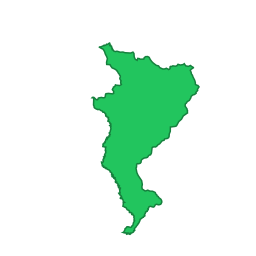 the district of Cáchira, Norte de Santander, Colombia, rotated 306°
{"feature_id": "7082276B44940516663125", "entity_name": "Cáchira", "entity_type": "district", "adm_level": 2, "iso_a3": "COL", "parent_name": "Colombia", "parent_adm1": "Norte de Santander", "projection": "orthographic", "projection_center": [-73.176, 7.699], "detail": "fine", "context": "isolated", "style": "filled", "palette": "green", "viewbox_px": 256, "rotation_deg": 306, "n_neighbors": 0, "source": "geoboundaries", "source_scale": "gbopen_adm2", "svg_char_len": 5831}
<svg xmlns="http://www.w3.org/2000/svg" viewBox="0 0 256 256"><g transform="rotate(306 128 128)"><path d="M175.2,167.3L175.7,166.7L177.0,166.0L177.3,165.3L178.1,164.6L179.3,161.3L181.2,160.2L182.6,160.6L184.1,160.4L186.4,161.4L189.2,161.1L190.8,160.5L192.8,161.0L194.2,162.1L196.1,162.7L196.6,162.0L199.3,162.3L200.2,161.4L203.0,161.3L203.5,159.5L203.2,158.9L202.9,157.5L203.0,156.8L204.4,155.7L205.8,153.9L207.7,150.2L208.5,149.2L209.1,147.4L210.2,146.3L211.2,144.5L212.4,144.5L215.2,145.5L215.4,145.2L215.2,143.5L215.3,141.8L213.3,140.6L212.2,138.1L213.1,135.7L211.9,135.4L209.8,133.5L208.9,131.0L207.2,131.0L205.9,130.1L204.6,127.7L203.6,127.3L202.8,126.2L202.0,126.1L201.1,127.0L200.3,127.0L199.9,127.0L199.6,126.5L199.2,126.5L198.9,123.9L197.5,123.1L196.2,121.5L195.5,118.2L196.2,116.2L195.3,114.0L195.4,110.2L195.7,108.2L196.5,105.7L197.6,103.6L197.4,102.0L196.2,100.4L195.2,100.0L194.2,99.8L193.3,100.3L193.0,100.2L191.0,97.6L190.7,96.9L190.8,96.4L190.1,95.0L188.1,95.6L187.9,93.6L188.2,92.7L189.3,91.1L191.8,89.0L192.3,87.4L190.2,86.1L187.7,82.2L187.1,81.2L186.5,79.3L184.7,77.1L183.9,74.6L183.5,73.8L182.4,72.9L181.9,71.3L182.4,70.1L182.1,69.5L182.7,69.2L182.6,68.4L183.3,68.3L183.6,67.5L184.2,66.9L184.1,66.6L184.4,66.5L184.3,66.0L184.7,65.5L184.5,65.2L184.9,64.6L184.5,64.5L185.4,64.0L185.9,63.2L184.8,62.6L183.9,62.5L183.2,61.9L183.1,61.4L182.7,61.5L181.6,61.1L180.9,60.6L181.0,60.0L180.0,59.7L177.8,58.4L176.7,57.3L176.5,56.7L176.8,60.1L177.2,60.9L176.7,62.7L175.8,64.5L174.6,66.0L173.2,68.8L172.1,70.5L168.6,72.0L166.9,73.4L168.7,76.3L168.1,77.3L167.3,79.8L167.9,82.4L168.0,85.4L167.6,85.6L167.5,86.4L166.6,88.2L166.6,88.9L165.9,90.0L165.7,91.1L164.6,91.9L163.7,92.0L163.0,92.5L162.0,94.7L161.2,94.9L160.0,95.7L159.3,97.1L159.0,97.0L157.3,96.2L156.6,94.6L156.1,94.2L155.5,92.5L154.1,92.9L152.5,92.2L152.1,92.6L151.0,92.5L149.8,92.8L149.3,94.9L148.3,95.3L147.7,96.0L147.0,95.8L146.5,95.4L144.5,91.8L142.8,90.0L141.9,90.1L139.9,91.2L138.8,91.2L137.9,90.3L137.1,88.5L135.2,86.7L134.6,86.4L133.3,86.8L132.7,86.5L132.3,85.6L132.7,82.5L132.4,81.8L131.8,81.2L131.6,81.2L131.9,81.5L131.8,82.3L131.1,83.4L126.3,86.6L125.7,87.8L125.1,88.1L124.6,89.0L124.7,91.3L125.1,92.1L125.1,92.8L126.2,93.8L126.2,95.9L126.6,97.5L126.0,98.5L126.8,99.6L126.4,100.4L126.4,101.4L126.2,101.9L125.7,101.9L124.6,103.1L125.0,103.6L125.0,104.0L124.6,104.3L125.0,106.0L123.7,106.5L123.8,107.0L123.5,107.5L122.5,107.6L122.2,107.9L121.9,107.6L121.7,107.7L121.8,108.6L122.1,109.1L121.6,110.4L121.2,110.5L121.2,111.8L120.3,112.2L119.8,112.7L119.7,111.8L119.3,111.7L119.3,112.6L117.3,114.7L115.2,115.4L114.4,115.9L113.0,115.7L112.7,116.3L112.3,116.4L112.4,117.3L111.4,117.4L110.9,117.8L110.5,117.2L109.5,117.7L109.0,117.6L108.5,117.3L107.7,117.5L108.5,116.6L108.4,116.5L107.5,116.5L107.1,116.9L106.5,116.7L106.1,117.0L105.4,116.9L104.2,117.5L103.5,117.3L102.8,118.1L101.8,117.4L101.1,117.6L100.2,117.2L99.4,118.2L98.7,118.2L98.2,118.5L98.2,118.8L98.8,119.1L98.7,119.9L99.5,121.3L97.6,122.1L97.1,122.7L96.5,122.8L96.4,123.6L95.6,123.8L94.9,124.6L94.1,124.5L92.3,124.9L92.3,125.6L92.0,126.0L90.4,125.3L90.3,126.3L89.6,126.4L89.2,126.1L88.7,126.5L88.4,126.3L87.8,126.4L87.2,126.7L87.2,127.2L86.4,127.8L85.6,127.8L84.9,126.6L84.5,127.0L84.7,127.4L83.8,127.7L83.1,129.0L82.4,129.3L82.8,130.3L82.2,130.4L81.9,131.3L82.1,131.8L82.7,132.1L82.2,133.1L82.7,133.4L82.9,134.1L82.3,134.3L82.5,134.7L82.5,135.9L83.0,137.1L82.7,137.8L82.7,138.8L82.0,139.3L82.2,140.4L82.0,141.3L80.5,142.2L80.6,142.5L81.4,142.9L81.3,143.6L80.4,144.2L80.2,144.1L80.3,143.2L79.7,143.3L79.3,143.6L79.3,144.2L80.0,145.0L79.2,145.8L79.9,146.1L80.2,146.7L79.0,147.2L79.1,148.1L78.4,148.9L77.6,149.0L76.7,149.8L76.7,150.1L77.7,150.5L77.7,150.8L77.0,151.2L76.7,151.8L76.8,152.9L76.2,153.2L76.2,154.5L75.3,154.0L75.2,155.3L74.5,155.1L74.2,155.4L74.2,156.0L75.0,157.1L74.3,157.6L73.3,157.3L72.8,158.0L72.1,158.3L71.1,159.6L69.8,158.8L69.5,159.4L69.8,160.4L69.1,160.7L69.2,162.1L68.7,162.6L68.4,163.6L67.9,163.7L67.4,162.8L66.6,163.1L66.7,164.0L67.5,164.9L66.9,166.2L65.7,167.5L65.7,168.7L65.1,168.1L64.7,168.0L64.1,168.7L61.7,169.9L62.0,171.0L62.0,171.8L62.4,173.1L61.4,175.4L61.9,177.5L60.5,178.8L60.8,179.4L61.3,179.7L61.2,180.3L61.5,180.8L60.3,181.8L60.3,182.2L61.1,182.6L60.4,183.8L60.3,184.8L59.3,185.1L58.1,186.6L57.0,186.9L56.8,187.9L54.8,188.0L51.9,189.2L51.0,188.7L49.9,189.0L49.2,188.7L48.1,186.0L47.4,185.2L46.1,185.2L44.8,184.8L43.7,185.4L41.0,185.7L40.6,185.4L41.0,186.8L41.6,187.2L42.0,187.9L41.6,188.4L41.9,188.8L41.3,189.3L41.3,189.5L41.7,189.7L42.2,189.3L43.1,189.6L43.3,191.0L42.8,191.1L43.1,192.1L43.8,192.3L44.1,191.8L44.4,191.7L44.8,192.4L46.6,193.4L47.6,193.5L48.3,193.0L48.7,193.5L49.3,193.6L50.0,192.5L50.5,192.3L52.1,192.6L54.3,192.5L55.7,192.7L56.1,192.4L57.2,192.6L60.0,192.1L61.4,191.5L62.7,192.1L64.3,192.4L64.8,192.9L65.8,192.8L66.7,193.3L67.2,193.0L67.3,192.4L69.7,192.0L70.4,191.6L71.9,192.5L72.5,192.1L73.6,192.4L74.0,192.3L74.5,191.5L75.4,191.7L76.6,191.3L77.6,191.9L77.9,192.4L78.6,194.4L79.1,195.2L80.1,195.5L81.3,195.2L82.7,195.6L83.2,196.1L83.6,197.5L84.2,198.3L85.4,199.2L86.2,199.3L88.0,198.9L89.0,197.9L89.7,196.5L89.8,193.9L90.3,192.7L90.2,191.3L90.8,190.7L91.0,189.0L91.7,188.2L91.8,187.6L91.3,185.1L89.8,182.8L89.3,180.5L87.5,179.3L87.1,178.6L87.0,175.3L88.6,173.8L90.7,172.8L93.4,170.0L95.6,164.0L97.1,161.4L100.3,158.0L101.3,157.9L103.8,156.3L104.6,156.5L105.3,157.6L106.6,158.6L107.9,158.7L109.7,157.7L111.1,157.8L113.3,158.8L114.6,160.2L115.8,161.0L117.8,160.9L118.9,161.3L119.5,162.0L121.5,161.7L125.9,159.2L126.8,159.1L128.1,160.2L128.9,161.5L130.4,162.0L132.1,162.1L133.8,162.9L137.2,163.1L138.0,163.3L139.2,164.4L140.6,164.0L142.6,165.9L143.9,166.5L145.1,166.3L147.4,164.9L150.1,164.2L153.7,161.7L156.9,165.1L158.0,165.9L158.8,165.9L163.0,165.3L166.6,166.1L170.3,165.6L175.2,167.3Z" fill="#22c55e" stroke="#15803d" stroke-width="1.5"/></g></svg>